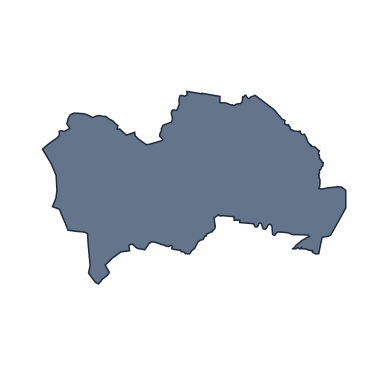 outline of Domnesti, Arges, Romania, rotated 189°
{"feature_id": "2599482B99518216474378", "entity_name": "Domnesti", "entity_type": "district", "adm_level": 2, "iso_a3": "ROU", "parent_name": "Romania", "parent_adm1": "Arges", "projection": "natural_earth1", "projection_center": [24.832, 45.212], "detail": "fine", "context": "isolated", "style": "filled", "palette": "slate", "viewbox_px": 384, "rotation_deg": 189, "n_neighbors": 0, "source": "geoboundaries", "source_scale": "gbopen_adm2", "svg_char_len": 5566}
<svg xmlns="http://www.w3.org/2000/svg" viewBox="0 0 384 384"><g transform="rotate(189 192 192)"><path d="M325.7,245.5L326.3,239.9L322.7,235.7L327.6,231.8L330.6,232.1L332.7,231.2L331.9,227.2L333.4,224.7L336.8,221.3L339.9,218.4L341.3,216.9L346.4,210.9L335.8,198.4L328.8,187.1L325.7,172.5L325.4,164.9L327.5,155.7L320.2,154.3L317.9,150.3L312.7,142.0L308.6,135.0L308.5,134.9L306.6,134.9L299.7,135.0L295.7,135.4L291.8,135.5L288.7,134.6L286.4,124.3L281.1,103.2L281.5,95.8L281.5,95.7L276.8,91.0L273.1,87.6L270.1,86.6L267.8,90.0L267.4,91.3L265.0,93.8L262.6,96.6L261.5,98.5L261.3,100.0L261.5,100.1L266.3,106.3L260.2,114.3L252.9,121.7L244.4,124.2L246.0,129.2L246.0,129.3L245.4,129.9L244.7,130.4L244.1,130.7L243.6,130.9L242.8,131.1L242.7,131.1L241.9,130.8L240.9,130.1L240.0,129.5L239.5,128.9L237.9,128.2L236.8,127.8L234.9,127.6L232.8,127.8L229.7,127.4L225.9,135.3L224.9,135.4L224.5,136.6L224.4,136.6L219.3,136.4L213.6,135.3L211.3,135.3L209.5,134.5L207.4,134.5L206.8,134.4L206.7,134.4L205.7,135.0L205.1,135.8L203.6,135.7L202.9,134.9L203.2,132.8L201.5,132.6L199.6,132.5L196.6,132.5L194.5,132.8L194.4,132.7L193.2,131.2L192.1,131.6L191.5,131.8L191.4,131.8L189.8,130.9L188.8,130.0L188.7,130.0L188.0,130.2L184.9,130.4L184.8,130.5L184.0,131.9L183.1,133.9L180.7,136.5L178.1,144.0L177.0,144.8L176.1,145.8L174.1,146.5L173.3,147.5L172.5,150.2L172.4,150.3L171.1,150.7L171.1,150.8L171.1,152.0L170.8,152.7L170.7,152.8L170.1,153.2L166.7,155.7L165.7,155.9L165.3,157.1L164.8,158.3L163.8,159.3L163.6,161.6L164.4,164.1L164.9,165.3L165.8,169.1L166.2,169.8L164.5,171.5L163.4,172.3L162.7,173.2L162.4,173.5L161.7,173.4L161.1,172.9L160.5,172.8L159.5,172.8L158.1,173.5L156.6,173.5L155.1,173.6L152.7,173.8L146.7,174.2L145.9,170.8L145.9,170.7L140.5,171.7L140.4,171.7L140.2,169.3L126.3,170.3L124.7,168.0L124.1,167.5L123.3,167.4L122.5,167.5L121.9,168.0L121.5,168.9L121.3,170.2L121.1,171.0L120.7,171.6L120.2,172.0L119.4,172.0L118.8,171.8L118.0,170.8L116.8,168.0L116.4,167.3L115.8,166.7L115.1,166.6L114.5,166.6L113.9,166.7L113.3,167.2L112.7,168.2L111.7,171.0L111.0,171.8L110.9,171.9L110.1,172.2L109.0,172.0L108.1,171.4L107.6,170.4L106.1,163.9L105.9,163.3L105.7,162.8L105.3,162.5L105.0,162.3L104.6,162.2L104.2,162.2L103.8,162.2L103.3,162.5L103.0,163.1L102.2,164.9L101.7,165.5L100.5,166.0L97.0,166.4L91.7,166.7L90.0,166.6L86.6,165.8L85.3,165.7L84.1,165.8L81.4,166.4L77.1,166.8L75.3,167.1L73.6,167.3L72.5,167.5L71.4,167.4L70.7,167.3L70.2,167.2L69.6,166.9L69.1,166.4L71.2,165.1L73.0,163.5L76.1,161.2L78.2,158.5L80.8,155.8L81.8,153.7L83.0,152.3L83.7,152.0L83.8,151.9L83.8,151.7L80.4,152.1L79.8,152.9L79.2,153.2L78.8,153.7L78.4,153.6L77.6,153.0L77.0,152.7L76.2,152.7L75.7,152.9L75.5,153.3L75.4,153.4L75.4,154.2L75.3,154.5L75.2,154.5L75.1,154.4L74.8,153.6L74.4,153.2L73.8,153.2L72.2,153.4L69.6,153.4L67.4,152.7L66.2,152.9L65.4,152.7L64.5,153.0L63.9,153.0L63.8,152.7L64.0,152.1L63.6,151.3L63.2,151.2L62.7,151.5L61.7,150.5L61.6,150.4L60.3,150.2L59.8,150.3L57.1,150.9L57.0,156.2L56.4,167.4L53.7,168.6L51.8,169.1L50.0,169.9L48.4,170.9L47.7,172.6L37.6,200.3L40.4,217.7L45.1,220.3L49.1,219.9L57.3,217.7L64.5,215.2L67.2,215.4L67.2,216.6L66.8,217.1L66.9,220.6L67.3,221.3L67.1,222.2L67.6,223.5L67.5,224.1L67.7,224.6L68.5,225.5L68.8,226.6L68.8,227.8L69.6,228.7L69.6,229.4L69.0,230.0L69.2,230.8L69.2,231.6L69.5,232.7L69.3,233.5L68.7,234.1L68.1,235.6L67.9,237.2L66.8,238.2L67.0,241.5L68.2,241.8L69.2,243.6L70.1,243.9L71.4,245.4L71.4,246.3L71.9,247.1L72.0,248.5L73.1,249.5L73.1,250.9L72.6,252.7L74.6,253.4L76.3,254.8L77.4,255.6L79.2,255.8L81.2,255.8L81.5,256.5L81.5,256.8L81.7,257.0L82.1,257.0L82.3,256.7L82.5,256.8L82.8,257.4L83.8,258.1L84.4,258.4L84.6,258.7L84.9,259.0L85.9,260.5L86.5,261.3L87.2,262.8L87.7,263.7L88.8,264.8L89.7,266.4L89.9,266.6L90.0,266.6L90.5,266.4L91.5,266.1L92.1,266.1L92.7,266.1L93.2,266.4L94.4,268.0L94.6,268.3L94.6,268.7L94.5,268.9L94.6,269.1L94.8,269.2L95.6,268.9L96.0,268.8L96.5,268.4L96.9,268.2L97.4,268.2L98.1,268.3L98.9,268.4L99.9,268.1L100.6,268.1L101.2,268.2L102.1,268.5L102.4,268.7L102.6,269.0L102.9,269.0L103.2,269.1L103.7,268.9L104.2,269.0L104.6,269.2L104.7,269.6L104.9,270.0L105.2,270.3L105.3,271.3L105.8,272.0L106.3,272.3L107.1,272.4L107.2,272.7L107.1,273.0L107.1,273.4L107.4,273.5L107.7,273.4L108.5,273.1L108.8,273.1L109.5,273.2L110.3,273.4L111.0,273.7L111.5,276.2L111.3,277.2L111.8,277.5L113.2,277.8L114.1,277.8L116.4,279.8L123.8,286.1L142.9,296.4L145.0,297.4L146.3,296.3L148.1,295.5L149.0,294.9L149.5,294.0L150.2,293.3L151.3,293.2L153.1,294.7L153.5,295.4L153.7,295.7L154.2,295.9L154.5,295.9L154.8,295.9L155.0,295.7L155.2,295.3L155.6,294.4L156.2,293.9L156.7,294.0L156.8,293.1L156.5,290.2L157.0,287.7L158.2,286.9L159.1,286.5L160.8,286.2L161.3,286.0L163.9,284.1L164.2,284.0L164.6,284.0L165.1,284.3L166.5,284.3L167.8,284.1L170.9,285.0L172.6,285.2L175.3,285.0L178.5,284.7L179.3,290.8L197.7,291.0L197.6,290.5L212.8,290.6L212.9,290.3L212.3,288.7L212.4,286.7L213.9,285.7L214.0,285.6L216.2,285.6L217.5,285.8L218.7,285.3L218.8,285.3L219.3,283.1L219.1,279.9L218.4,277.4L218.4,275.7L219.7,270.6L220.2,270.1L220.3,270.1L223.2,270.2L223.3,270.2L224.4,269.4L224.9,266.9L224.2,264.8L223.4,263.7L222.6,259.9L223.4,257.7L231.0,253.4L232.1,249.9L231.9,248.5L232.2,245.9L232.8,244.6L232.7,242.1L229.1,239.4L229.6,238.1L241.2,232.6L244.6,231.6L253.5,236.1L257.0,238.7L258.0,242.0L265.8,237.9L273.2,242.9L275.8,242.3L275.6,245.9L278.3,247.5L280.5,249.3L282.8,250.4L284.7,250.7L286.2,251.6L289.0,253.2L291.3,252.8L296.1,253.0L298.9,251.8L301.8,250.0L303.2,250.4L307.3,251.8L311.1,252.4L312.2,252.3L312.8,252.3L320.7,251.5L324.3,249.2L325.7,245.5Z" fill="#64748b" stroke="#1e293b" stroke-width="1.5"/></g></svg>